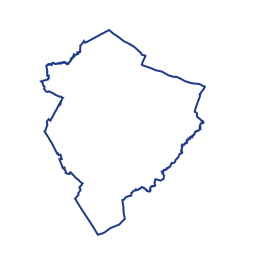 Potcoava, Olt, Romania (orthographic projection), rotated 260°
{"feature_id": "2599482B96526679969139", "entity_name": "Potcoava", "entity_type": "district", "adm_level": 2, "iso_a3": "ROU", "parent_name": "Romania", "parent_adm1": "Olt", "projection": "orthographic", "projection_center": [24.625, 44.467], "detail": "fine", "context": "isolated", "style": "outline", "palette": "blue", "viewbox_px": 256, "rotation_deg": 260, "n_neighbors": 0, "source": "geoboundaries", "source_scale": "gbopen_adm2", "svg_char_len": 5706}
<svg xmlns="http://www.w3.org/2000/svg" viewBox="0 0 256 256"><g transform="rotate(260 128 128)"><path d="M155.5,210.8L155.7,210.2L156.8,208.5L158.9,206.1L160.3,200.8L161.0,199.1L161.8,196.7L163.1,194.6L163.9,192.6L167.1,188.8L169.4,185.5L170.2,184.0L170.3,182.6L170.5,181.9L171.8,178.9L173.0,176.8L177.5,171.4L178.2,170.0L180.0,165.5L182.9,161.0L187.6,152.7L188.1,152.7L190.3,153.8L195.9,157.7L196.2,157.5L196.8,156.6L197.3,155.2L197.9,154.2L198.3,154.0L199.2,154.0L199.6,153.8L207.1,148.0L211.7,142.5L214.2,138.9L218.5,135.1L223.9,129.6L227.8,126.3L225.7,120.1L225.4,118.6L224.7,117.0L219.7,101.7L219.6,100.4L220.5,100.3L220.9,99.9L221.3,99.8L218.3,96.7L217.6,95.4L215.1,94.9L213.3,94.4L212.1,94.4L211.2,94.0L211.2,93.8L211.5,93.7L211.6,93.1L211.4,92.9L210.7,92.8L210.6,92.6L211.3,92.4L211.3,92.0L210.5,91.9L210.4,91.8L210.6,91.4L209.6,91.7L209.3,91.4L209.6,90.7L209.2,89.7L209.1,89.1L209.7,88.2L209.2,88.3L209.2,87.9L209.3,87.6L209.0,86.8L208.6,86.8L208.3,87.8L207.7,87.6L207.4,87.0L207.9,87.1L208.0,86.9L207.5,86.5L207.5,86.3L207.7,86.2L207.3,85.5L206.3,85.1L206.3,84.8L206.6,84.6L206.2,83.8L205.1,84.1L204.9,83.6L204.2,83.3L203.9,82.3L203.0,81.9L202.7,81.1L201.6,80.6L201.6,79.9L201.4,79.3L201.7,79.3L202.1,79.0L202.5,79.0L202.5,78.8L202.4,78.0L202.5,77.7L203.0,77.4L203.6,77.6L203.8,77.4L203.4,76.1L204.1,76.0L203.8,75.1L204.0,73.9L203.3,73.8L203.1,73.5L203.3,73.0L203.2,72.4L203.8,72.1L204.0,71.8L203.6,71.6L203.6,71.1L203.8,70.9L203.6,70.6L203.7,70.3L203.5,70.1L203.4,69.7L203.4,69.4L203.8,68.9L203.6,67.7L203.7,67.3L204.2,66.8L204.6,66.7L204.8,65.8L205.2,65.5L205.0,64.4L204.9,64.2L204.5,64.0L204.0,64.2L203.3,63.9L203.6,63.1L204.1,63.0L204.0,62.5L204.4,62.2L204.1,61.8L204.1,61.6L204.7,61.4L204.6,60.2L204.3,59.9L203.9,59.9L203.8,58.7L203.3,58.3L202.7,58.3L200.5,58.4L198.4,58.2L197.4,58.4L196.3,57.8L195.5,57.9L193.7,57.6L193.2,57.7L193.4,59.0L191.3,58.8L190.4,58.2L190.3,57.6L189.7,57.6L189.3,53.7L189.3,52.3L189.0,50.5L187.8,51.4L186.7,51.9L185.1,51.7L183.2,53.0L181.7,52.4L181.1,52.1L180.2,52.7L178.4,53.5L178.1,53.8L177.5,55.2L177.9,56.2L177.8,56.6L175.5,59.8L174.2,61.5L173.8,61.6L173.0,62.7L170.7,66.0L170.9,66.5L170.5,67.3L169.0,69.0L168.9,68.7L164.8,66.1L163.8,66.0L163.2,65.5L164.7,65.5L148.8,52.9L150.5,51.4L148.8,49.6L147.6,49.0L145.0,49.1L139.8,46.1L139.4,45.7L139.2,45.2L132.2,48.1L129.2,49.1L125.3,50.7L115.0,53.8L115.2,54.6L113.3,55.1L113.3,56.9L109.0,57.3L109.3,56.2L109.0,56.2L109.1,55.1L100.0,56.8L99.9,57.5L100.4,58.3L100.3,58.5L99.9,58.7L99.4,58.6L98.8,58.0L98.3,57.9L98.0,58.2L97.8,58.6L97.4,59.0L96.6,59.1L95.6,59.0L95.1,58.7L94.8,58.8L94.6,59.3L93.9,59.6L93.4,60.4L93.3,60.9L93.4,61.1L92.9,62.0L93.0,62.7L93.8,62.8L94.4,63.7L88.8,67.5L87.9,67.9L87.0,68.8L86.6,69.1L86.1,69.8L84.0,71.1L81.2,73.6L80.9,73.1L79.4,71.9L78.1,69.8L77.7,69.8L75.8,70.6L74.3,69.8L73.2,68.5L72.1,67.6L70.9,67.6L68.5,64.9L67.7,63.6L57.9,67.4L36.8,76.5L28.2,79.7L28.6,84.2L28.9,85.6L29.3,87.0L32.6,93.4L32.7,94.6L33.9,100.0L34.3,102.3L34.9,103.0L35.2,103.7L37.5,106.7L39.1,109.1L45.2,109.0L51.5,109.8L55.4,109.8L58.0,110.0L58.0,110.9L58.3,111.8L60.1,113.7L60.5,114.6L60.5,116.0L61.0,117.2L60.9,117.7L60.6,118.7L60.7,119.0L61.4,119.7L63.5,120.0L64.3,121.6L65.3,122.9L65.4,123.4L65.1,124.3L65.2,124.6L66.1,125.2L65.4,125.6L65.2,126.0L65.3,127.1L66.1,127.9L66.2,129.1L66.5,129.7L66.3,130.0L67.5,131.4L67.4,131.8L66.5,132.7L66.1,133.6L65.4,133.9L64.8,134.7L64.4,134.7L64.0,135.1L63.5,135.0L63.1,135.5L63.0,136.1L62.4,136.2L62.2,136.6L62.2,137.1L61.9,137.5L61.7,138.7L62.5,139.3L63.3,139.4L63.6,139.1L64.6,139.2L65.4,139.9L65.9,140.0L66.0,140.6L66.4,140.8L66.3,141.3L66.7,141.9L66.5,142.7L66.2,142.8L66.1,143.5L66.2,144.2L66.4,144.5L67.0,144.8L68.4,144.5L69.5,144.7L70.4,145.2L70.8,145.1L71.3,145.2L71.7,145.8L72.5,146.1L72.2,146.3L72.4,147.2L72.3,147.6L70.5,150.9L71.3,152.9L71.5,153.9L72.2,154.4L73.8,154.8L74.7,155.3L75.9,154.7L76.9,154.7L77.0,154.4L77.4,154.5L77.8,153.9L78.2,154.0L78.1,154.4L78.5,154.6L78.5,154.9L79.1,154.8L79.3,155.1L79.5,154.7L79.7,155.5L80.5,156.2L80.1,156.8L80.2,157.7L80.7,158.3L80.7,158.6L81.2,158.7L81.1,159.3L81.5,159.8L81.8,159.8L82.0,160.3L81.7,160.8L82.4,161.8L82.4,162.1L82.6,162.2L82.6,162.5L84.3,164.0L84.9,164.3L85.1,164.2L85.4,164.4L85.7,165.1L86.0,165.3L85.7,165.7L85.7,166.4L85.7,167.1L86.0,167.9L87.0,168.7L88.3,169.3L89.0,170.5L89.7,171.1L90.4,172.4L90.7,172.8L91.6,173.0L93.4,174.3L93.6,174.6L93.6,175.8L94.2,176.3L94.2,177.0L94.4,177.0L94.9,176.6L95.3,177.0L96.2,176.4L96.3,176.9L96.6,177.1L97.9,177.0L98.8,177.6L100.8,178.6L101.1,178.6L100.8,178.0L101.1,177.7L101.4,177.8L101.7,178.2L102.2,178.4L102.0,179.4L102.1,179.8L101.8,180.3L102.5,180.9L102.6,181.6L103.1,181.5L103.3,181.7L103.0,182.2L103.0,183.3L103.7,183.8L104.8,184.0L105.1,183.5L105.8,183.6L105.9,184.1L106.8,185.2L106.3,185.6L106.7,186.0L106.7,186.3L106.9,186.5L106.6,186.9L107.0,187.0L107.5,186.8L108.1,187.2L108.1,187.6L107.9,187.8L108.2,188.1L107.7,188.4L107.7,188.6L108.0,188.8L108.2,189.3L108.0,189.6L108.7,189.6L108.7,190.2L109.3,190.4L109.2,190.6L109.4,191.2L110.3,191.8L110.4,192.0L110.3,192.3L111.6,192.8L112.2,193.2L112.4,193.6L112.3,194.0L113.2,194.7L112.8,195.4L113.0,196.2L113.4,196.9L113.3,197.2L113.5,197.4L113.6,197.7L114.8,198.5L114.6,198.9L115.4,198.7L115.5,199.0L116.0,198.9L116.3,199.5L116.5,199.6L116.7,199.4L116.9,198.9L117.1,198.8L117.7,199.3L119.3,199.9L119.9,201.0L119.9,201.4L120.3,201.5L119.8,201.9L120.0,202.1L120.5,202.1L120.4,202.6L120.1,203.0L120.2,203.3L121.4,203.1L121.5,202.7L124.0,200.6L124.6,200.3L126.5,198.3L127.3,198.0L130.6,198.4L131.6,197.7L132.3,196.6L132.9,196.6L140.1,200.4L146.6,204.3L148.0,204.7L148.7,204.5L148.8,204.8L149.1,204.7L149.4,205.5L150.4,206.2L152.7,208.8L155.0,210.7L155.5,210.8Z" fill="none" stroke="#1e3a8a" stroke-width="2"/></g></svg>